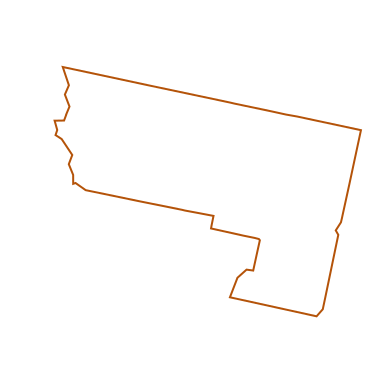 Orange, Florida, United States of America (orthographic projection), rotated 192°
{"feature_id": "52423323B94983475607099", "entity_name": "Orange", "entity_type": "district", "adm_level": 2, "iso_a3": "USA", "parent_name": "United States of America", "parent_adm1": "Florida", "projection": "orthographic", "projection_center": [-81.268, 28.566], "detail": "fine", "context": "isolated", "style": "outline", "palette": "amber", "viewbox_px": 384, "rotation_deg": 192, "n_neighbors": 0, "source": "geoboundaries", "source_scale": "gbopen_adm2", "svg_char_len": 753}
<svg xmlns="http://www.w3.org/2000/svg" viewBox="0 0 384 384"><g transform="rotate(192 192 192)"><path d="M133.0,96.9L44.3,96.3L39.7,104.5L39.7,116.1L40.0,180.5L43.4,184.3L40.0,193.3L39.9,197.7L39.9,200.7L39.7,232.2L39.6,287.6L104.7,287.7L116.2,287.3L130.7,287.4L169.1,287.3L173.0,287.4L255.5,287.3L344.4,287.4L334.6,270.8L336.6,260.9L329.6,250.1L331.2,241.5L331.1,241.4L332.0,235.3L341.2,233.2L336.7,224.6L337.3,219.3L330.5,216.7L316.8,203.3L318.3,193.6L311.8,184.0L309.9,175.3L307.8,176.6L296.4,171.7L242.2,172.0L197.9,172.5L195.1,172.4L183.6,172.7L166.0,173.1L165.9,163.4L165.8,160.3L132.6,160.0L121.1,160.1L116.8,159.9L115.6,158.9L115.7,145.8L115.8,127.9L122.5,127.4L129.7,117.6L133.0,96.9Z" fill="none" stroke="#b45309" stroke-width="2"/></g></svg>